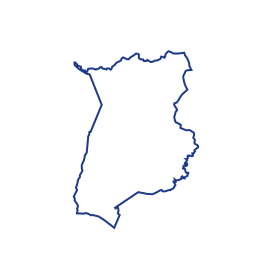 Kubang Pasu, Kedah, Malaysia (orthographic projection), rotated 333°
{"feature_id": "92858781B58701158776704", "entity_name": "Kubang Pasu", "entity_type": "district", "adm_level": 2, "iso_a3": "MYS", "parent_name": "Malaysia", "parent_adm1": "Kedah", "projection": "orthographic", "projection_center": [100.431, 6.377], "detail": "fine", "context": "isolated", "style": "outline", "palette": "blue", "viewbox_px": 256, "rotation_deg": 333, "n_neighbors": 0, "source": "geoboundaries", "source_scale": "gbopen_adm2", "svg_char_len": 3622}
<svg xmlns="http://www.w3.org/2000/svg" viewBox="0 0 256 256"><g transform="rotate(333 128 128)"><path d="M155.7,198.6L156.2,197.6L158.1,197.6L158.5,197.6L159.2,197.6L159.6,197.0L160.5,196.2L161.3,195.6L161.3,195.1L160.5,195.0L159.9,194.7L159.6,194.1L159.5,193.4L159.6,192.4L159.9,191.6L160.1,190.7L160.1,190.0L159.8,189.8L159.2,189.6L158.7,189.3L158.7,188.9L159.7,188.8L159.8,187.7L160.3,187.0L161.1,187.1L161.7,187.4L161.9,187.9L162.9,188.2L163.5,188.1L163.9,187.7L163.3,187.4L162.7,187.1L162.5,186.6L163.9,186.6L164.4,186.2L164.0,185.9L163.0,185.6L162.8,185.1L163.8,184.8L164.8,184.2L165.5,183.6L166.2,183.4L166.3,182.7L165.8,182.0L166.8,182.3L167.4,182.1L167.8,181.6L168.1,180.8L168.6,179.9L169.2,180.0L169.0,180.7L170.3,180.6L171.1,181.2L171.6,181.8L172.4,182.2L173.3,182.2L173.6,181.6L173.5,180.7L173.8,179.8L174.5,180.1L175.4,180.2L176.1,179.5L176.8,179.4L176.9,180.1L177.2,178.0L178.4,177.7L181.7,176.9L182.3,175.8L181.9,174.5L180.3,172.3L180.5,171.2L181.9,169.5L182.2,168.4L181.7,166.4L184.0,163.9L184.5,162.0L183.7,160.8L182.6,158.7L181.2,157.3L178.9,156.6L174.7,151.6L176.5,149.2L174.8,146.6L173.1,144.5L173.3,142.3L174.2,139.2L177.6,135.5L178.1,135.0L179.7,134.5L180.1,132.7L179.7,130.2L179.7,128.1L180.6,127.0L182.9,127.5L185.0,126.4L187.0,125.3L188.7,124.1L191.4,122.7L195.3,121.6L198.3,120.9L198.3,119.7L198.3,116.7L198.6,113.9L199.5,110.3L200.3,107.7L201.3,106.3L202.3,105.8L204.9,103.6L206.6,103.3L210.8,105.1L210.8,102.6L210.8,100.7L212.0,97.7L212.3,94.8L212.3,91.6L211.8,89.2L212.3,86.5L209.5,85.5L205.7,84.1L202.0,82.0L201.4,80.8L200.0,79.1L199.2,78.1L197.9,78.1L195.4,79.1L194.2,80.0L193.7,81.1L192.5,81.9L191.5,80.6L190.0,79.5L188.6,81.0L186.7,81.1L184.7,81.1L182.8,80.2L180.8,80.3L178.4,79.6L177.0,77.7L176.1,76.1L174.7,76.6L172.6,75.6L172.6,73.8L170.6,72.8L169.4,70.7L170.0,69.6L171.1,67.5L170.3,66.1L168.6,65.3L166.9,65.8L164.5,66.0L161.4,66.3L160.1,67.1L158.3,66.3L157.5,65.2L156.5,63.9L155.6,62.8L153.9,63.2L152.5,64.6L150.6,64.7L147.2,64.6L145.9,65.2L144.7,65.8L141.7,66.3L140.5,67.5L139.1,68.2L138.0,66.3L136.7,65.5L135.2,66.0L134.4,64.9L132.8,63.9L132.0,62.8L132.0,61.6L130.8,61.3L128.6,61.8L125.8,61.3L124.4,59.7L123.2,58.7L121.8,58.1L120.5,57.6L119.3,57.2L118.0,58.4L117.2,59.3L115.9,58.7L115.7,57.1L114.0,56.5L113.3,55.0L113.3,53.3L113.8,51.9L112.2,50.5L111.7,50.3L111.4,47.8L110.9,46.1L110.3,45.4L110.0,45.3L109.0,47.8L111.3,53.7L115.9,61.1L117.9,62.5L118.1,63.5L115.1,95.4L93.1,114.3L93.0,114.0L91.8,114.0L91.2,114.9L90.7,115.9L89.9,116.7L88.9,117.2L80.5,130.5L79.9,131.3L78.5,132.2L77.5,132.5L76.5,133.8L74.1,136.7L72.7,137.8L71.4,138.8L70.5,139.5L69.7,140.5L68.4,143.3L68.1,145.1L66.7,146.4L65.2,147.2L63.6,148.3L62.8,150.0L60.6,151.1L59.7,151.9L56.7,155.5L54.5,157.6L54.5,160.1L48.6,164.5L48.6,166.5L47.5,168.4L47.8,170.0L48.0,171.7L48.1,173.6L48.0,174.8L46.9,176.1L45.9,176.9L45.8,178.3L43.7,180.9L50.1,184.4L51.4,184.5L53.6,186.2L55.3,188.9L57.0,189.5L61.6,193.4L65.0,199.2L70.4,210.7L81.1,201.7L80.2,199.6L81.1,198.4L82.1,197.2L82.5,196.1L82.8,195.0L82.9,193.9L81.4,194.0L80.5,194.1L80.3,193.2L108.0,189.8L115.0,195.3L118.3,197.3L120.0,198.1L122.5,198.3L125.6,198.3L128.1,198.1L129.8,198.4L130.0,200.0L131.9,201.2L135.1,201.7L137.2,202.2L137.6,202.6L139.2,202.2L140.1,202.4L141.2,202.4L142.2,201.7L142.9,201.0L144.1,200.6L144.5,199.8L144.3,198.6L144.3,197.8L144.3,197.1L144.1,196.5L144.9,196.2L145.4,197.0L146.0,197.6L146.4,196.9L146.5,195.3L147.2,196.6L148.0,196.9L148.9,197.1L149.7,197.4L150.9,197.4L151.6,197.6L152.7,197.4L152.8,196.6L153.5,195.9L154.4,195.6L154.6,196.0L154.5,197.6L155.0,198.3L155.6,198.5L155.7,198.6Z" fill="none" stroke="#1e3a8a" stroke-width="2"/></g></svg>